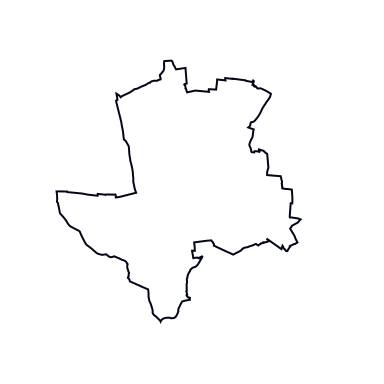 outline of Danesti, Vaslui, Romania, rotated 211°
{"feature_id": "2599482B3410244555477", "entity_name": "Danesti", "entity_type": "district", "adm_level": 2, "iso_a3": "ROU", "parent_name": "Romania", "parent_adm1": "Vaslui", "projection": "equal_earth", "projection_center": [27.662, 46.845], "detail": "fine", "context": "isolated", "style": "outline", "palette": "ink", "viewbox_px": 384, "rotation_deg": 211, "n_neighbors": 0, "source": "geoboundaries", "source_scale": "gbopen_adm2", "svg_char_len": 5940}
<svg xmlns="http://www.w3.org/2000/svg" viewBox="0 0 384 384"><g transform="rotate(211 192 192)"><path d="M301.7,237.6L301.8,236.5L304.4,237.3L307.4,237.4L303.9,233.3L303.4,232.5L304.1,231.4L304.1,231.0L288.8,215.7L286.3,212.7L283.0,209.1L277.3,201.8L275.8,201.9L273.6,200.8L269.9,198.7L269.1,197.8L265.2,192.2L261.1,187.3L261.0,187.0L258.3,184.5L255.1,181.1L252.8,178.3L251.5,176.3L249.2,173.3L247.9,170.9L242.3,164.8L239.5,162.6L251.4,150.6L254.5,148.1L255.0,148.9L255.3,149.4L256.0,150.2L256.6,150.4L256.8,150.3L257.4,149.6L262.4,146.8L264.6,145.4L264.7,144.9L265.6,144.7L271.8,141.8L271.0,140.2L280.1,136.0L285.4,134.1L298.8,127.7L299.2,128.1L305.4,124.6L308.4,122.7L307.5,121.7L306.2,120.0L304.0,116.7L302.9,114.4L302.6,114.0L301.0,113.4L299.9,111.9L298.9,111.0L294.8,106.4L294.1,105.7L289.4,104.3L285.5,102.8L281.7,100.8L279.7,100.1L277.9,99.9L268.2,100.5L263.8,97.4L258.2,93.9L255.9,92.6L254.8,92.4L249.2,91.8L242.5,90.6L240.8,90.6L237.3,91.6L236.4,92.0L233.5,94.4L230.1,93.9L228.4,94.1L226.9,95.1L225.6,96.8L219.3,97.7L217.0,97.8L215.9,98.2L213.5,98.4L212.4,98.2L211.6,97.8L210.7,97.1L210.0,97.0L210.0,96.5L209.9,96.2L209.5,95.6L209.0,94.5L208.5,93.8L205.3,90.9L204.2,90.2L203.8,88.6L203.5,88.0L203.1,87.6L203.0,87.4L202.9,86.7L203.0,85.8L202.9,85.7L202.3,85.2L201.9,85.1L201.5,85.2L201.2,85.1L199.4,83.8L199.2,83.4L191.8,84.3L189.8,84.6L187.6,84.8L179.4,85.9L177.0,82.7L175.2,79.7L174.6,79.1L172.5,76.7L170.2,75.2L166.3,71.8L164.8,70.3L163.7,68.4L162.9,67.7L161.3,66.9L159.0,66.8L158.3,66.7L157.0,66.3L153.7,65.5L152.3,65.0L152.2,64.9L152.2,65.8L152.2,66.6L151.8,68.0L151.4,68.7L150.4,69.8L150.0,70.4L146.7,72.6L146.1,72.8L145.2,72.9L143.7,73.8L142.5,74.8L141.9,76.1L141.6,76.9L141.8,80.5L142.3,82.9L142.9,83.5L143.5,85.1L144.0,90.8L144.0,93.2L142.9,94.3L141.6,95.7L140.7,96.4L140.5,96.5L139.8,97.3L139.1,98.1L138.3,98.4L139.2,100.2L139.9,100.2L140.6,99.6L142.6,100.1L143.5,100.6L143.6,100.9L143.2,101.4L144.3,102.5L144.8,103.3L145.1,103.6L145.8,104.0L145.8,104.9L146.0,105.5L146.5,105.9L147.7,108.0L148.6,109.3L149.3,110.6L149.7,112.0L151.6,114.7L151.8,115.3L151.8,116.2L152.6,117.7L152.6,118.2L152.8,118.7L153.0,120.3L153.1,122.1L152.9,123.1L153.3,124.1L153.2,125.0L152.5,127.4L151.7,128.3L151.2,128.9L150.6,129.4L150.3,130.3L149.7,132.4L149.6,135.6L149.7,138.1L149.6,140.5L149.8,141.4L149.8,141.9L150.1,142.0L150.4,141.8L151.3,140.6L151.5,139.8L151.9,139.3L151.9,138.7L152.4,138.5L153.3,138.7L154.4,138.0L156.8,136.0L161.7,141.7L159.3,143.1L159.9,143.9L161.1,145.9L164.2,149.9L153.9,158.1L151.3,159.9L150.4,160.5L149.6,160.0L148.0,159.6L147.6,159.1L146.3,158.6L145.9,158.1L145.6,157.3L145.1,157.4L142.6,157.6L131.9,158.7L129.2,159.0L128.6,159.2L124.5,159.5L120.4,166.1L119.8,167.4L119.7,168.5L118.9,170.2L119.0,170.3L118.3,171.3L115.9,173.4L114.9,174.8L112.8,177.2L112.1,178.0L111.3,179.3L110.5,180.4L107.7,180.3L107.5,180.9L107.3,181.2L107.2,181.5L107.0,181.8L107.0,182.0L106.6,182.5L106.6,183.0L106.4,183.2L106.5,183.4L106.3,183.6L106.1,183.7L106.0,183.9L105.7,184.0L104.4,185.3L104.8,185.7L103.7,186.3L102.0,187.9L101.2,189.0L100.6,189.5L100.8,189.6L103.2,190.1L103.2,190.4L85.9,189.1L86.7,192.5L85.5,191.9L85.4,191.5L85.0,191.4L84.5,191.0L83.9,190.8L83.3,190.8L81.7,190.1L81.1,190.0L80.7,189.9L80.4,190.0L80.1,190.2L79.8,190.6L80.0,191.1L80.0,191.9L79.9,192.7L79.9,195.2L79.6,195.6L79.8,196.0L80.2,196.2L77.5,200.2L76.9,200.6L75.6,203.1L79.1,205.2L81.4,207.1L89.0,211.1L89.0,212.3L88.8,213.4L89.0,214.4L86.7,218.4L85.6,220.3L85.4,221.0L85.1,223.5L84.8,224.4L86.6,224.2L88.6,223.5L93.6,221.4L95.0,220.6L95.7,221.5L101.6,233.2L100.2,233.9L100.5,234.6L103.0,238.8L107.7,245.5L111.8,243.7L114.0,242.5L115.3,242.1L116.5,241.6L116.8,242.1L116.8,242.5L117.1,242.8L118.0,243.5L118.1,244.0L118.3,244.3L118.6,244.4L118.8,244.7L118.9,245.0L119.5,245.5L119.5,245.9L119.8,246.4L120.0,247.0L120.5,247.7L120.7,247.8L122.2,249.1L122.9,250.1L123.8,250.8L124.1,251.2L136.3,245.2L137.0,246.2L138.0,248.0L138.1,248.8L138.4,249.5L138.8,251.3L139.2,252.4L143.1,257.8L147.2,263.4L147.5,263.5L149.0,263.3L149.7,263.7L150.8,263.8L151.8,264.2L154.2,263.5L156.6,263.1L156.5,262.7L156.4,262.5L155.1,262.8L155.0,261.7L154.9,261.1L155.1,261.0L156.3,260.8L159.3,259.3L159.4,259.1L159.1,258.0L159.1,257.9L161.5,256.9L162.1,257.4L164.2,259.7L166.4,261.2L167.1,261.9L167.5,262.8L167.9,264.6L168.3,267.1L168.3,268.8L168.4,269.9L168.8,271.2L170.1,274.1L170.4,274.6L171.1,276.4L171.3,277.4L177.0,276.3L176.6,277.4L176.4,278.2L176.4,278.8L176.6,279.6L177.3,281.2L177.4,281.6L177.4,282.0L177.2,282.3L176.7,282.6L176.0,283.2L175.3,284.4L175.0,285.0L174.8,286.1L174.3,289.4L174.3,290.0L174.1,292.0L174.3,296.2L174.7,299.9L174.7,302.3L174.5,305.7L174.5,307.7L174.1,311.1L174.1,312.7L174.1,313.7L174.9,316.8L180.4,316.9L185.6,316.4L186.6,316.2L187.1,315.9L187.4,315.5L188.5,315.0L188.9,314.6L189.3,314.5L190.5,314.9L191.2,315.3L192.0,315.4L192.2,315.1L192.4,314.6L193.3,314.6L193.4,315.4L193.6,315.5L193.8,315.4L194.4,315.5L195.3,315.0L195.6,315.8L195.5,316.8L195.7,317.4L195.8,317.6L195.8,318.0L195.8,318.4L196.3,319.0L197.0,319.1L197.0,318.5L197.2,317.2L203.3,315.0L203.6,315.3L215.3,310.2L215.1,310.0L222.2,306.8L221.5,305.6L220.8,304.9L228.4,301.4L226.9,298.5L224.1,292.2L230.5,288.8L230.1,287.7L229.0,286.6L241.3,280.7L247.5,274.9L248.7,275.8L248.9,276.1L249.5,276.7L250.4,277.4L251.0,277.5L251.2,278.1L251.7,278.7L252.5,279.5L253.9,280.0L254.0,280.5L252.4,282.2L261.5,295.0L268.8,288.9L269.4,289.1L270.8,290.2L272.6,291.1L273.5,291.6L275.4,293.2L276.1,293.7L277.3,294.0L283.2,289.9L281.8,287.1L280.1,284.7L279.0,282.0L278.9,280.8L279.3,278.3L279.4,277.0L279.8,276.1L279.6,275.4L279.3,274.9L277.9,273.7L276.9,272.4L278.7,270.4L278.9,270.2L278.8,269.9L279.4,269.3L280.1,268.8L282.2,267.6L282.7,266.9L283.4,266.3L284.3,264.9L284.3,264.0L284.7,263.6L285.4,263.1L285.6,262.7L285.8,262.1L286.0,261.6L287.3,259.4L290.1,255.7L290.8,254.4L291.3,253.8L292.3,252.2L294.3,250.5L294.8,249.0L296.6,245.3L301.7,237.6Z" fill="none" stroke="#020617" stroke-width="2"/></g></svg>